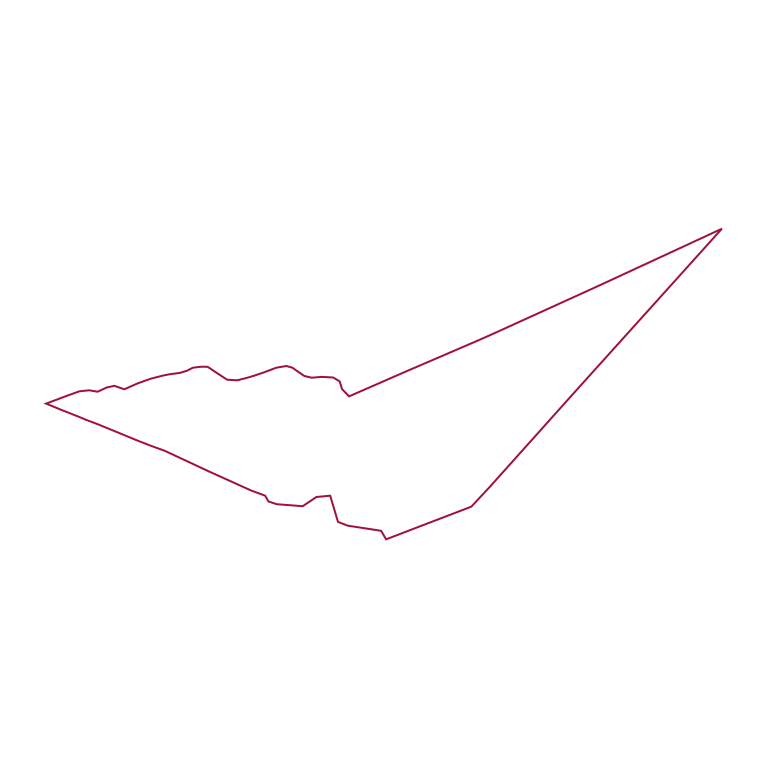 the district of Branquinha, Alagoas, Brazil
{"feature_id": "56859067B15219395707905", "entity_name": "Branquinha", "entity_type": "district", "adm_level": 2, "iso_a3": "BRA", "parent_name": "Brazil", "parent_adm1": "Alagoas", "projection": "orthographic", "projection_center": [-36.101, -9.21], "detail": "fine", "context": "isolated", "style": "outline", "palette": "rose", "viewbox_px": 768, "rotation_deg": 0, "n_neighbors": 0, "source": "geoboundaries", "source_scale": "gbopen_adm2", "svg_char_len": 873}
<svg xmlns="http://www.w3.org/2000/svg" viewBox="0 0 768 768"><path d="M386.1,539.3L471.4,506.6L490.4,486.2L572.9,394.1L721.9,228.7L600.3,285.0L495.5,332.7L480.5,339.4L406.6,371.2L349.0,396.4L342.0,389.0L339.7,381.4L333.2,377.5L321.8,376.9L311.7,377.7L304.4,376.0L297.6,371.4L292.4,367.7L286.4,366.0L276.3,367.7L263.6,372.5L254.4,375.6L246.8,377.9L237.2,380.3L227.1,379.7L218.1,373.8L207.7,366.8L201.5,366.7L192.9,367.7L186.8,370.8L179.8,372.9L169.9,374.2L162.8,375.6L150.8,378.7L137.6,383.4L124.3,389.3L114.4,385.8L106.7,387.5L97.6,391.7L89.1,390.3L79.4,391.3L66.9,395.8L46.1,403.6L59.9,409.3L65.9,411.7L78.1,416.5L86.5,420.0L97.9,424.3L138.0,440.8L150.4,445.6L164.9,450.9L209.0,471.5L251.1,490.5L265.2,495.7L268.3,501.4L276.7,504.2L302.7,506.2L316.4,497.0L330.2,495.7L338.0,521.9L347.8,525.7L381.1,530.8L386.1,539.3Z" fill="none" stroke="#9f1239" stroke-width="2"/></svg>